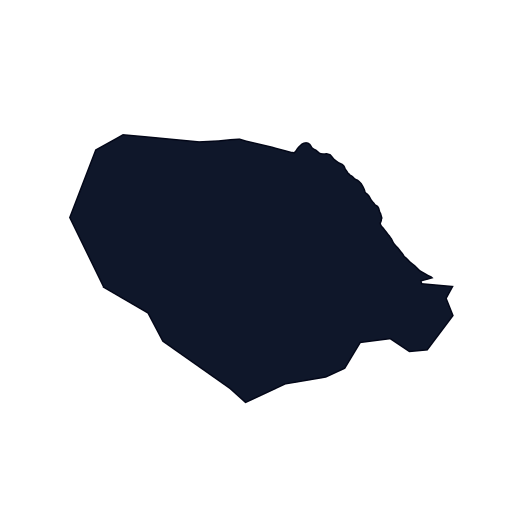 outline of Maban, Upper Nile, South Sudan, rotated 312°
{"feature_id": "79223893B87220542132951", "entity_name": "Maban", "entity_type": "district", "adm_level": 2, "iso_a3": "SSD", "parent_name": "South Sudan", "parent_adm1": "Upper Nile", "projection": "natural_earth1", "projection_center": [33.834, 10.017], "detail": "fine", "context": "isolated", "style": "filled", "palette": "ink", "viewbox_px": 512, "rotation_deg": 312, "n_neighbors": 0, "source": "geoboundaries", "source_scale": "gbopen_adm2", "svg_char_len": 1714}
<svg xmlns="http://www.w3.org/2000/svg" viewBox="0 0 512 512"><g transform="rotate(312 256 256)"><path d="M357.6,401.4L357.6,400.1L356.6,397.0L354.7,388.1L354.6,386.2L354.9,380.4L354.7,377.9L354.5,373.8L354.7,372.3L354.9,369.0L354.7,366.3L355.2,365.1L355.7,363.1L356.1,360.3L356.9,356.0L357.0,353.5L357.4,350.5L357.8,348.9L359.3,345.2L359.6,343.5L360.1,341.7L360.3,339.7L360.9,337.0L361.4,333.8L361.8,332.0L361.9,330.4L362.1,329.0L362.6,327.6L363.1,326.9L363.5,326.2L364.6,326.0L366.1,325.4L367.1,324.6L368.4,324.1L369.7,322.0L370.4,320.9L370.9,320.1L371.4,318.5L372.2,317.3L373.6,315.1L374.2,313.1L373.6,310.1L374.1,308.2L374.2,306.5L374.8,303.5L375.6,301.4L376.2,299.5L376.4,297.3L376.2,295.5L376.3,294.3L377.0,293.4L377.9,291.8L379.0,289.2L380.1,285.8L380.3,282.7L380.2,280.6L379.7,279.4L379.3,277.5L379.5,275.0L379.4,273.4L378.9,271.8L379.2,270.7L379.0,269.2L379.6,267.2L380.3,264.0L381.2,262.3L381.7,260.8L381.7,258.7L380.5,254.8L380.2,252.0L380.0,248.9L380.3,247.2L380.6,245.3L380.8,243.3L379.2,240.0L377.5,238.6L375.9,236.6L374.8,234.6L374.8,233.2L374.7,229.7L374.0,227.4L373.8,225.1L374.4,223.3L374.9,221.3L374.6,219.1L373.6,217.5L372.0,216.2L370.0,215.3L367.9,215.1L365.5,214.9L363.4,215.0L361.2,215.4L359.3,215.4L358.0,215.4L357.6,214.2L356.5,213.0L356.0,211.9L353.9,207.7L349.2,198.6L347.6,195.2L334.6,171.6L331.8,165.6L325.8,159.7L316.4,151.2L302.7,137.4L270.0,93.3L257.1,76.1L249.9,73.7L227.6,66.0L160.0,91.9L131.0,163.7L130.9,163.7L141.4,213.9L130.4,243.8L140.2,325.2L140.2,346.2L180.6,363.3L212.8,388.8L232.0,397.0L261.5,391.3L284.4,411.0L287.7,433.9L300.8,446.0L343.5,442.2L351.7,425.6L364.8,422.5L346.2,397.7L347.8,395.1L357.6,401.4Z" fill="#0f172a" stroke="#020617" stroke-width="1.5"/></g></svg>